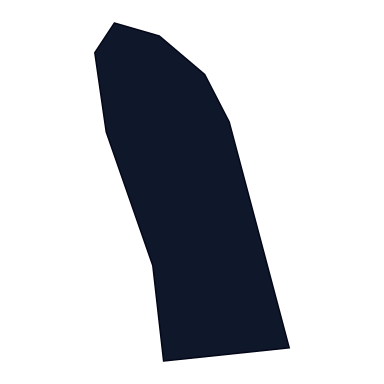 Ngarchelong, Equal Earth projection
{"feature_id": "PLW-5252", "entity_name": "Ngarchelong", "entity_type": "state/province", "adm_level": 1, "iso_a3": "PLW", "parent_name": "Palau", "parent_adm1": "", "projection": "equal_earth", "projection_center": [134.636, 7.709], "detail": "fine", "context": "isolated", "style": "filled", "palette": "ink", "viewbox_px": 384, "rotation_deg": 0, "n_neighbors": 0, "source": "natural_earth", "source_scale": "10m", "svg_char_len": 247}
<svg xmlns="http://www.w3.org/2000/svg" viewBox="0 0 384 384"><path d="M163.6,361.0L152.8,265.6L106.2,131.9L94.8,52.7L114.4,23.0L159.3,36.0L204.7,74.5L229.2,122.0L289.2,347.8L163.6,361.0Z" fill="#0f172a" stroke="#020617" stroke-width="1.5"/></svg>